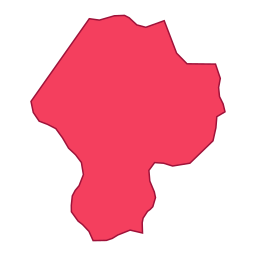 the Province of Nigde
{"feature_id": "TUR-3020", "entity_name": "Nigde", "entity_type": "Province", "adm_level": 1, "iso_a3": "TUR", "parent_name": "Turkey", "parent_adm1": "", "projection": "robinson", "projection_center": [34.715, 37.878], "detail": "fine", "context": "isolated", "style": "filled", "palette": "rose", "viewbox_px": 256, "rotation_deg": 0, "n_neighbors": 0, "source": "natural_earth", "source_scale": "10m", "svg_char_len": 780}
<svg xmlns="http://www.w3.org/2000/svg" viewBox="0 0 256 256"><path d="M93.1,240.6L89.0,231.4L82.5,224.5L78.1,221.1L71.4,211.8L71.3,205.5L72.3,195.9L75.2,190.4L79.1,185.7L83.4,174.6L81.4,162.5L75.6,154.8L68.6,148.2L62.5,137.8L55.8,128.6L47.6,124.4L39.2,121.2L33.3,112.5L31.0,101.4L89.3,18.7L99.4,20.1L114.3,15.8L124.5,15.4L129.2,17.8L136.8,24.9L145.8,27.3L164.2,20.7L176.6,53.2L187.0,63.8L215.5,64.1L220.3,78.4L218.6,87.5L219.5,96.6L223.1,103.9L225.0,111.8L216.8,116.7L215.9,127.8L213.0,140.8L189.9,163.2L172.6,166.0L163.5,163.2L154.6,162.6L148.9,170.4L149.8,181.1L154.3,191.9L155.5,197.6L152.8,206.7L150.3,209.3L147.5,211.4L143.1,218.1L142.2,222.8L142.5,233.0L130.1,230.1L117.8,235.0L112.3,238.4L106.4,240.4L93.1,240.6Z" fill="#f43f5e" stroke="#9f1239" stroke-width="1.5"/></svg>